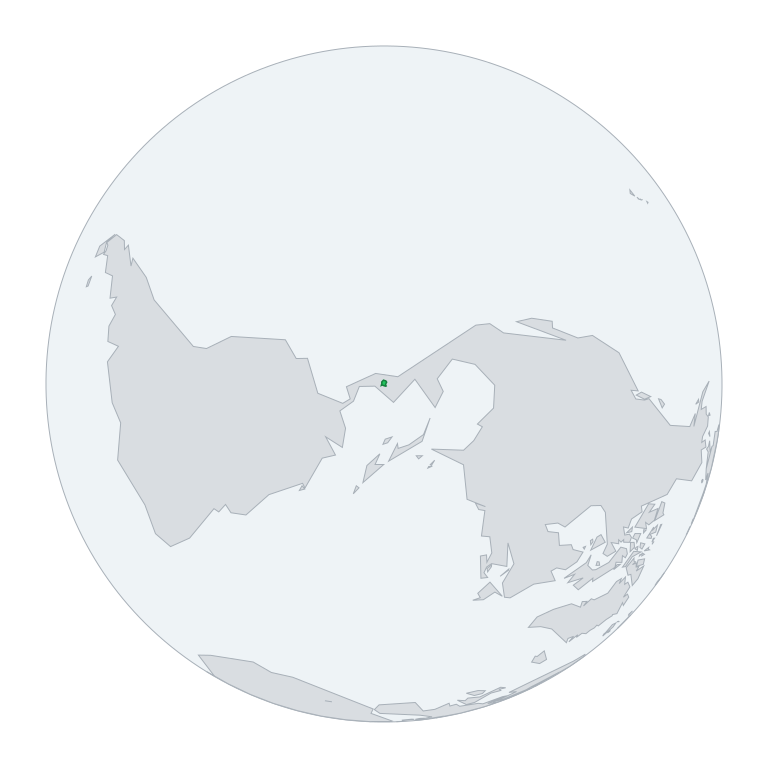 Chontales on an orthographic globe, rotated 126°
{"feature_id": "NIC-669", "entity_name": "Chontales", "entity_type": "Department", "adm_level": 1, "iso_a3": "NIC", "parent_name": "Nicaragua", "parent_adm1": "", "projection": "orthographic", "projection_center": [-85.042, 12.14], "detail": "fine", "context": "on_globe", "style": "filled", "palette": "green", "viewbox_px": 768, "rotation_deg": 126, "n_neighbors": 0, "source": "natural_earth", "source_scale": "10m", "svg_char_len": 8854}
<svg xmlns="http://www.w3.org/2000/svg" viewBox="0 0 768 768"><g transform="rotate(126 384 384)"><circle cx="384" cy="384" r="338" fill="#eef3f6" stroke="#a8b0b8"/><path d="M423.9,406.0L415.9,402.6L408.3,412.8L380.4,397.0L370.0,377.1L282.4,344.3L273.0,333.9L272.4,317.3L241.6,262.4L255.7,313.4L244.0,303.2L234.4,284.8L239.6,280.6L232.8,254.2L222.2,243.9L220.6,212.2L240.2,174.3L243.8,180.4L248.1,171.5L243.9,163.8L240.1,161.0L249.2,128.1L238.7,111.6L224.9,114.8L236.2,108.4L202.9,121.5L190.5,122.7L211.0,116.5L218.1,112.4L212.9,110.2L219.0,105.6L220.0,102.3L227.8,97.5L239.2,95.4L244.5,92.6L240.5,91.3L245.8,86.5L250.9,88.6L260.7,80.7L281.5,78.2L288.8,91.7L306.9,90.0L331.5,104.0L335.7,100.1L347.7,104.4L357.0,101.8L358.9,106.2L364.7,100.5L361.2,97.1L362.6,93.7L367.7,92.2L371.1,97.1L369.0,98.6L372.6,99.3L372.1,102.6L375.3,100.2L378.7,107.0L383.0,98.2L392.2,102.1L392.4,107.2L382.3,109.2L357.7,129.5L354.8,137.1L360.8,145.0L393.3,153.5L394.3,161.6L402.9,170.9L407.0,164.6L401.8,155.4L411.5,147.2L403.9,138.0L406.8,133.7L403.0,124.2L414.4,123.4L427.6,128.0L431.3,136.2L437.2,138.9L442.5,129.9L457.9,145.2L482.9,156.3L485.7,161.2L475.4,171.2L453.1,173.2L439.7,190.3L459.4,177.4L466.1,191.4L471.8,193.4L477.9,192.2L479.6,186.4L484.2,191.4L466.5,204.9L462.0,200.6L467.7,196.0L457.3,197.5L445.4,208.6L449.7,215.8L427.1,228.0L429.9,233.6L426.6,240.1L423.6,229.9L428.5,249.0L402.6,272.2L408.8,307.4L390.8,280.7L377.1,278.1L360.8,279.3L361.5,284.9L339.1,281.2L319.9,293.7L314.6,321.9L323.7,343.4L348.5,344.0L355.2,331.7L373.0,328.8L362.0,361.8L393.3,365.5L391.1,390.1L400.5,402.5L415.8,398.6L431.7,403.9L442.4,389.1L459.8,380.4L461.0,400.2L470.0,381.5L480.3,390.4L514.6,386.8L512.2,391.5L541.2,412.1L571.1,418.7L578.1,432.1L574.6,441.4L584.6,442.5L584.8,448.3L622.9,450.7L641.0,461.1L639.4,480.9L622.3,506.4L602.1,554.8L570.2,574.2L558.9,592.9L528.6,620.8L509.6,621.0L511.9,632.4L498.8,640.6L485.6,642.2L480.7,650.5L470.8,651.4L475.6,656.1L456.1,667.2L457.6,674.9L442.6,683.0L444.0,687.1L439.5,687.2L434.0,689.0L432.4,691.4L420.3,688.1L420.6,678.4L427.7,673.0L421.9,672.4L437.3,658.0L429.8,661.1L437.5,639.0L451.1,619.4L465.7,560.3L459.7,548.5L435.3,535.5L406.2,489.8L415.0,470.0L408.2,461.0L430.4,432.1L423.9,406.0ZM82.4,299.2L84.6,291.5L85.1,296.8L82.4,299.2ZM84.7,286.5L84.2,289.2L84.4,286.9L84.7,286.5ZM84.1,284.7L84.5,286.0L83.7,285.3L84.1,284.7ZM82.8,283.2L83.6,283.7L83.4,283.9L82.8,283.2ZM408.0,319.5L443.7,334.9L424.3,338.1L427.8,334.7L418.6,328.1L401.7,322.3L384.4,326.7L408.0,319.5ZM81.9,278.6L81.8,277.2L82.8,276.9L81.9,278.6ZM422.0,299.2L415.9,298.2L421.7,297.8L422.0,299.2ZM237.4,160.8L243.2,164.3L244.7,173.4L239.2,170.9L237.4,160.8ZM235.4,145.2L239.8,144.9L234.6,153.2L233.7,150.8L235.4,145.2ZM213.6,118.8L217.2,119.9L211.6,120.5L213.6,118.8ZM218.8,102.8L215.8,104.1L217.6,101.9L218.8,102.8ZM396.9,125.5L399.9,124.9L399.1,126.9L396.9,125.5ZM392.5,122.2L389.4,125.0L386.9,124.0L388.8,122.2L392.5,122.2ZM231.2,92.8L235.0,89.4L233.1,92.4L231.2,92.8ZM396.9,119.1L382.7,121.7L378.3,119.9L382.0,112.0L396.9,119.1ZM238.5,87.2L247.4,80.1L241.6,82.0L263.2,73.5L248.4,81.8L247.0,84.8L243.7,84.8L238.5,87.2ZM357.8,96.8L361.8,100.3L353.7,98.9L357.8,96.8ZM352.3,96.9L325.4,99.5L322.1,94.2L331.8,94.0L323.7,89.2L335.3,85.2L342.3,87.0L342.2,91.0L346.7,86.6L352.3,96.9ZM273.6,70.4L277.5,68.7L275.6,70.1L273.6,70.4ZM362.5,92.3L357.4,93.0L354.1,88.4L363.8,86.2L361.7,88.3L362.5,92.3ZM315.9,90.1L315.2,86.8L324.4,82.5L325.3,80.7L335.3,84.7L315.9,90.1ZM365.1,88.6L368.8,85.4L375.0,86.3L367.3,91.4L365.1,88.6ZM349.2,88.2L348.1,86.1L351.9,86.5L349.2,88.2ZM399.2,89.1L393.2,89.3L391.0,86.8L399.2,89.1ZM369.8,84.2L367.6,83.9L366.1,83.1L369.7,81.3L369.8,84.2ZM341.1,81.7L345.0,80.9L337.5,79.8L344.1,77.1L349.5,80.5L349.9,77.9L351.9,77.1L354.1,80.9L341.1,81.7ZM368.8,77.4L377.9,81.6L389.7,81.3L392.0,83.4L372.6,83.6L368.8,77.4ZM360.0,79.0L365.9,78.3L365.8,80.9L361.6,83.0L360.0,79.0ZM346.6,74.3L335.1,77.5L334.3,76.8L346.6,74.3ZM372.2,76.7L369.9,75.7L373.1,76.3L372.2,76.7ZM354.5,74.3L350.5,75.4L349.7,74.5L354.5,74.3ZM368.7,73.2L371.6,74.4L368.9,75.7L368.7,73.2ZM362.2,73.2L362.1,71.7L366.1,75.4L360.6,73.8L362.2,73.2ZM354.4,73.2L352.6,73.0L356.2,72.9L354.4,73.2ZM377.4,68.2L383.2,72.5L377.1,75.0L372.3,70.4L377.4,68.2ZM439.5,695.0L420.8,689.5L431.7,692.0L441.9,687.9L450.8,692.2L439.5,695.0ZM468.4,683.9L478.7,681.0L480.3,682.0L473.6,684.3L468.4,683.9ZM623.6,145.8L617.5,140.4L624.6,147.4L630.9,153.3L638.3,161.5L625.0,149.5L630.7,160.1L652.9,193.7L653.1,200.4L646.5,199.4L623.3,171.5L625.5,160.1L617.3,151.6L604.0,143.7L605.8,141.4L600.6,137.3L600.2,133.3L586.9,120.0L584.6,116.0L567.1,104.2L563.6,100.9L574.9,108.5L581.5,112.3L574.1,104.8L569.1,101.4L558.4,94.7L557.7,94.2L548.3,88.8L542.6,85.6L564.5,98.3L585.4,112.6L605.1,128.5L623.6,145.8ZM539.3,83.9L542.6,86.1L530.1,80.0L517.3,73.9L514.0,72.8L534.8,83.0L542.4,86.9L547.7,89.2L569.0,102.3L574.2,106.6L554.9,96.0L560.1,101.6L542.8,92.4L497.0,67.9L484.2,62.3L487.6,62.4L501.2,67.1L502.1,67.4L503.7,68.0L539.3,83.9ZM312.4,53.8L284.4,61.7L275.6,64.5L265.6,69.4L266.6,69.3L272.6,67.3L263.2,73.5L241.6,82.0L240.4,81.5L227.7,88.2L226.6,86.7L219.9,89.2L226.1,85.2L225.4,85.6L233.8,81.3L238.1,79.4L235.1,80.7L260.1,69.6L285.9,60.6L312.4,53.8ZM720.9,358.2L719.9,348.7L719.6,350.8L712.4,374.8L705.4,364.8L685.8,326.4L683.6,305.6L674.9,285.5L653.3,201.8L658.1,200.9L651.8,179.1L652.7,179.6L663.6,194.7L665.2,196.6L678.1,217.6L689.5,239.5L699.2,262.2L707.3,285.5L713.6,309.4L718.1,333.7L720.9,358.2ZM671.7,239.3L674.9,245.4L674.9,245.5L671.7,239.3ZM515.6,386.4L519.9,389.9L514.5,390.5L515.6,386.4ZM422.1,346.4L429.4,346.5L433.4,349.4L427.9,350.6L422.1,346.4ZM482.7,343.2L490.9,344.3L482.6,346.6L482.7,343.2ZM449.3,336.9L476.2,343.1L460.0,349.9L442.9,346.3L454.4,343.9L449.3,336.9ZM419.5,310.8L424.2,312.0L423.1,315.7L419.5,310.8ZM426.3,299.1L424.5,299.4L422.0,296.6L426.3,299.1ZM467.1,190.6L468.7,189.7L475.1,189.7L472.6,192.2L467.1,190.6ZM500.1,176.8L506.8,185.1L500.3,180.5L498.2,185.1L482.0,181.8L486.2,163.5L487.2,172.0L500.1,176.8ZM461.4,173.8L471.3,177.0L460.3,174.3L461.4,173.8ZM572.6,121.8L576.6,122.5L582.9,127.8L585.8,135.6L576.7,127.7L572.6,121.8ZM580.8,122.5L560.8,111.4L558.2,107.0L563.1,111.2L563.3,109.4L571.2,115.8L588.3,123.5L594.9,128.9L596.7,138.8L592.5,132.2L588.8,131.5L580.8,122.5ZM514.4,99.9L505.7,97.5L511.3,90.6L518.7,93.8L522.2,101.1L515.3,101.7L514.4,99.9ZM406.1,105.8L402.4,107.1L401.5,105.4L403.9,103.0L406.1,105.8ZM396.6,89.4L421.2,99.2L418.3,100.9L436.3,105.9L435.5,112.6L423.8,108.9L436.7,118.5L425.9,117.9L435.4,124.1L409.6,115.3L400.4,116.0L411.0,112.5L412.0,106.1L409.7,103.5L396.2,97.2L376.8,96.5L374.7,91.0L378.4,87.3L382.7,86.6L382.7,90.2L388.5,86.7L391.8,91.5L396.6,89.4ZM422.5,60.2L420.7,62.5L432.9,60.6L436.2,63.6L437.4,63.2L443.9,65.8L453.8,68.5L453.9,70.0L457.7,70.5L462.1,72.5L467.3,73.9L469.3,77.3L475.9,79.4L473.0,79.9L483.9,82.9L476.7,82.3L481.7,85.6L486.1,84.4L483.6,104.3L488.2,114.6L496.0,124.1L482.5,123.2L466.7,114.4L451.6,103.1L449.1,93.9L443.5,95.7L440.6,92.1L446.3,92.1L435.9,90.0L435.1,87.1L421.7,80.0L407.2,79.8L401.9,77.6L407.2,76.4L398.2,75.2L404.6,71.6L401.0,70.2L403.6,65.8L415.8,65.0L410.9,63.5L412.6,60.7L422.5,60.2ZM378.6,66.9L392.4,64.1L401.1,64.7L392.9,72.4L395.3,74.2L390.3,80.1L377.9,79.4L380.4,77.6L380.0,75.9L384.1,76.8L380.5,74.7L383.9,72.5L382.1,70.4L387.1,70.0L378.6,66.9ZM649.9,175.5L647.5,172.6L647.0,171.9L645.9,170.5L649.9,175.5ZM638.8,164.5L637.5,162.4L645.1,170.8L645.5,172.0L638.8,164.5ZM630.4,154.6L636.9,161.6L633.6,158.6L630.4,154.6ZM573.0,106.7L570.8,104.6L573.1,106.0L577.3,109.0L573.0,106.7ZM459.4,58.9L457.0,59.2L454.8,58.6L444.4,57.8L441.1,56.0L446.0,55.9L459.4,58.9ZM454.0,56.9L450.2,56.6L450.9,56.0L454.0,56.9ZM438.1,54.8L437.9,53.9L439.5,55.8L438.1,54.8ZM444.3,51.5L439.1,50.6L425.7,48.7L444.3,51.5ZM378.5,46.1L376.2,46.3L372.0,46.3L378.5,46.1ZM380.8,46.1L387.7,46.4L383.1,46.7L378.5,46.3L380.8,46.1ZM421.5,49.6L427.1,50.3L426.4,50.6L421.5,49.6ZM275.2,69.0L277.3,68.7L273.5,69.9L275.2,69.0ZM315.7,53.1L315.2,53.2L310.7,54.2L315.7,53.1ZM311.2,54.5L316.6,53.2L312.1,54.5L311.2,54.5ZM328.5,50.8L319.3,52.7L326.5,51.1L328.5,50.8Z" fill="#d9dde1" stroke="#a8b0b8" stroke-width="1"/><path d="M383.5,382.3L383.8,382.2L384.0,382.0L384.1,381.9L384.1,381.6L384.3,381.1L384.6,381.2L384.7,381.4L384.8,381.4L384.9,381.7L385.0,381.9L385.1,382.0L385.1,382.3L385.1,382.5L385.2,382.8L385.3,382.8L385.5,383.2L385.5,383.3L385.5,383.6L385.6,383.9L385.9,384.9L386.0,384.9L386.7,385.3L386.4,385.4L386.4,385.5L386.5,385.5L386.3,385.6L386.2,385.6L385.8,385.6L385.4,385.6L385.0,386.0L384.8,386.1L384.6,386.2L384.5,386.3L384.4,386.4L384.4,386.5L384.2,386.6L383.9,386.7L383.8,386.8L383.7,387.0L381.2,386.7L380.5,384.6L380.5,384.0L380.6,383.9L380.8,383.5L380.8,383.4L380.8,383.2L381.0,382.9L381.3,382.8L381.5,382.8L381.9,382.8L382.3,382.8L382.7,382.7L382.9,382.6L383.0,382.6L383.3,382.4L383.5,382.3Z" fill="#22c55e" stroke="#15803d" stroke-width="1.5"/></g></svg>